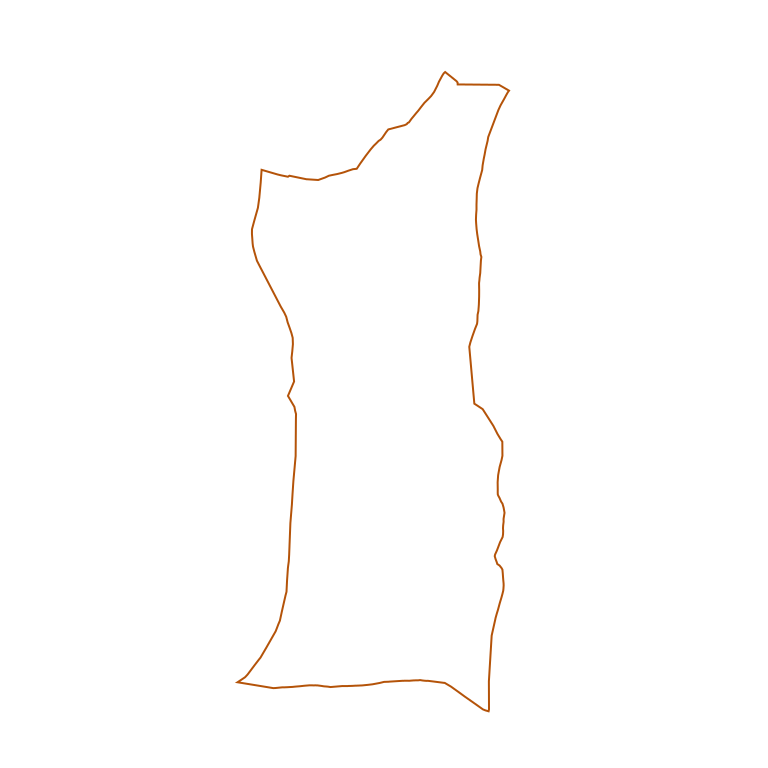 Cap Estate/Saddle Back, Gros Islet, Saint Lucia, rotated 9°
{"feature_id": "8701671B10713626030510", "entity_name": "Cap Estate/Saddle Back", "entity_type": "district", "adm_level": 2, "iso_a3": "LCA", "parent_name": "Saint Lucia", "parent_adm1": "Gros Islet", "projection": "equal_earth", "projection_center": [-60.942, 14.101], "detail": "fine", "context": "isolated", "style": "outline", "palette": "amber", "viewbox_px": 768, "rotation_deg": 9, "n_neighbors": 0, "source": "geoboundaries", "source_scale": "gbopen_adm2", "svg_char_len": 3647}
<svg xmlns="http://www.w3.org/2000/svg" viewBox="0 0 768 768"><g transform="rotate(9 384 384)"><path d="M538.5,690.9L538.6,688.9L534.1,661.2L529.7,615.6L530.7,599.7L530.8,597.6L531.3,593.3L531.9,589.1L532.6,582.5L533.4,576.6L533.8,573.0L534.1,569.5L534.0,567.6L533.7,564.3L533.3,562.2L532.5,559.1L531.7,555.8L530.9,552.3L530.0,548.8L528.8,547.3L526.5,545.2L524.1,544.1L523.2,542.3L521.6,539.5L520.3,536.7L520.4,535.0L521.6,530.7L523.4,522.0L525.1,516.6L525.1,513.9L524.7,510.6L524.1,507.9L523.8,504.9L523.7,501.4L523.2,498.6L523.2,496.3L523.2,492.4L522.6,490.6L521.4,487.2L519.7,483.6L518.1,481.9L515.8,478.3L514.6,476.8L513.7,475.4L513.3,473.4L512.8,470.1L511.6,463.2L511.0,456.2L511.1,451.3L511.2,447.8L511.6,444.2L512.0,440.7L512.2,436.4L509.9,422.5L507.7,420.1L503.9,415.6L498.6,408.3L491.0,399.7L485.4,393.4L479.7,390.8L476.3,389.3L462.4,333.9L462.8,329.5L463.9,322.7L465.3,315.2L465.7,313.5L466.5,310.0L466.4,307.4L465.6,301.0L465.8,297.2L465.3,291.0L464.8,286.9L464.3,282.9L463.9,280.2L463.3,276.3L462.7,272.9L462.1,269.4L462.0,266.8L461.8,264.0L461.7,259.4L461.2,254.6L460.4,246.8L460.3,243.3L459.1,240.9L458.3,238.0L456.4,233.1L454.8,228.1L452.6,221.3L451.2,216.4L449.9,211.0L449.1,207.3L448.5,202.3L448.1,197.4L447.3,192.4L446.6,186.8L445.9,181.5L445.7,176.0L446.1,170.9L446.6,165.6L447.1,161.0L447.5,157.3L447.2,152.5L447.3,145.8L447.5,141.5L447.6,136.2L448.3,127.6L448.3,123.8L454.1,95.6L454.6,93.8L455.5,90.6L456.8,87.1L458.1,83.6L459.6,79.3L460.7,76.4L461.6,74.7L450.7,70.5L409.9,76.6L409.5,74.7L408.2,73.5L395.6,66.3L394.4,67.8L393.3,70.3L392.0,74.0L391.0,76.8L390.0,80.9L387.8,87.7L385.5,92.2L383.5,95.1L379.9,100.0L377.2,104.8L375.1,108.7L373.3,111.6L371.2,115.2L369.7,117.7L367.7,121.7L366.5,122.5L365.8,123.8L363.9,125.1L348.4,131.9L346.7,134.9L345.3,137.9L343.9,140.9L342.4,143.2L340.7,144.7L338.5,147.8L336.6,150.3L334.1,154.4L330.3,161.4L326.0,170.0L323.4,175.7L319.7,176.7L315.4,178.9L311.8,180.9L309.3,182.1L304.8,184.0L300.4,185.6L297.0,186.9L293.5,189.3L287.1,192.8L276.2,193.8L275.5,193.9L258.0,193.1L256.7,194.3L249.7,194.0L246.1,193.7L229.6,191.6L230.7,204.2L231.7,219.5L231.8,224.4L231.9,229.7L230.3,243.3L229.4,251.8L230.1,256.5L231.1,260.7L232.2,265.5L233.1,268.7L235.3,273.8L239.2,282.1L243.8,288.4L245.0,290.0L269.9,323.7L274.3,329.1L276.9,332.9L279.2,338.2L281.9,343.1L284.6,348.2L286.6,352.7L287.8,358.9L288.3,366.1L288.6,372.7L294.8,395.6L291.0,410.8L299.1,420.6L300.4,424.3L300.8,425.2L301.8,427.4L302.5,432.5L308.0,469.0L309.7,494.2L310.9,507.4L311.9,517.6L312.2,521.6L313.3,536.1L317.0,567.2L317.7,574.0L317.8,578.6L317.9,581.1L318.1,583.2L319.0,593.4L320.2,604.5L319.8,608.3L319.7,610.0L319.3,615.8L318.7,624.8L318.5,628.5L318.2,634.0L317.7,636.0L317.2,638.0L316.5,641.4L315.7,645.1L309.1,662.6L308.0,665.4L304.8,673.6L303.7,675.5L303.2,676.4L300.2,681.9L294.7,692.3L293.5,694.1L292.6,695.4L289.7,698.1L286.0,701.5L306.3,701.6L322.2,701.7L324.2,701.3L331.0,699.5L333.0,699.2L335.9,698.6L341.0,697.5L343.6,696.8L348.5,695.6L352.5,694.5L357.0,693.4L359.2,693.0L361.6,692.7L363.2,692.4L365.4,692.1L369.1,692.0L370.5,692.0L372.0,692.0L375.8,691.7L377.4,691.7L378.5,691.7L390.3,688.8L395.1,688.1L396.6,687.7L397.5,687.6L401.4,686.8L402.1,686.6L403.3,686.4L409.7,685.1L413.1,684.2L415.4,683.6L419.6,682.4L426.4,680.0L427.6,679.5L430.7,678.2L433.3,677.7L435.3,677.3L436.0,677.1L440.9,676.0L448.5,674.3L452.2,673.6L455.2,673.2L460.2,672.0L463.8,671.4L464.6,671.2L465.9,670.8L468.6,670.8L470.8,670.7L472.9,670.5L473.6,670.3L479.5,670.1L486.3,669.9L490.0,669.8L490.7,669.7L497.5,672.4L509.2,678.3L512.5,680.0L528.8,688.0L532.6,689.9L535.2,690.5L538.5,690.9Z" fill="none" stroke="#b45309" stroke-width="2"/></g></svg>